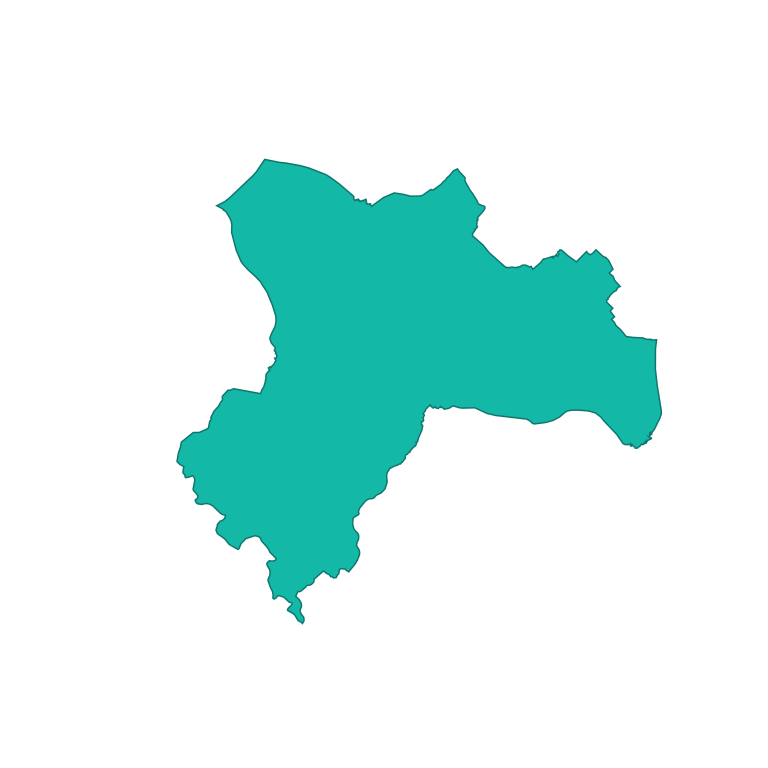 Sangkha, Surin, Thailand (Albers equal-area conic projection), rotated 39°
{"feature_id": "78962969B46327860609250", "entity_name": "Sangkha", "entity_type": "district", "adm_level": 2, "iso_a3": "THA", "parent_name": "Thailand", "parent_adm1": "Surin", "projection": "albers", "projection_center": [103.87, 14.543], "detail": "fine", "context": "isolated", "style": "filled", "palette": "teal", "viewbox_px": 768, "rotation_deg": 39, "n_neighbors": 0, "source": "geoboundaries", "source_scale": "gbopen_adm2", "svg_char_len": 6170}
<svg xmlns="http://www.w3.org/2000/svg" viewBox="0 0 768 768"><g transform="rotate(39 384 384)"><path d="M619.7,275.8L621.4,274.0L621.1,273.7L621.3,272.7L622.0,271.9L621.9,268.6L622.8,268.6L623.5,268.0L623.5,266.1L624.2,266.2L624.2,265.6L624.9,265.0L624.6,264.5L623.8,265.1L623.3,264.7L623.8,263.4L624.6,263.5L624.6,262.8L623.8,262.4L624.5,262.0L626.2,258.1L625.7,257.7L624.6,258.9L624.0,258.2L622.5,258.3L623.5,257.4L622.4,255.9L623.2,255.8L623.2,255.4L622.0,255.4L621.6,255.0L623.5,254.7L623.6,254.3L621.8,253.5L622.8,252.7L622.6,248.8L620.0,237.4L618.3,232.6L616.1,230.1L596.7,212.7L585.4,201.5L572.9,185.9L568.0,178.1L564.6,181.2L563.8,181.0L562.8,182.0L562.2,182.0L561.3,183.2L557.5,185.0L556.6,185.0L548.2,191.1L542.4,194.7L534.3,193.0L527.2,192.5L524.2,191.1L520.2,190.6L520.9,186.7L513.9,185.0L514.1,181.1L505.7,180.3L504.8,179.4L504.4,178.0L504.8,177.0L503.8,175.9L504.3,174.9L504.0,172.1L504.3,168.7L505.7,164.8L505.3,164.1L505.1,161.4L506.2,159.6L498.0,158.3L494.4,156.2L489.2,156.1L489.7,150.7L480.8,146.6L476.6,146.1L476.4,146.5L473.3,147.0L464.3,146.3L463.9,151.3L463.0,153.7L460.1,154.1L458.1,153.6L456.6,168.0L446.3,168.6L437.9,168.2L436.3,169.0L436.6,169.7L435.9,171.9L437.3,173.3L438.2,173.1L438.2,174.8L438.6,175.3L437.3,175.8L436.4,175.0L436.4,177.2L434.9,178.7L436.0,179.0L436.2,179.5L434.0,179.9L430.8,184.9L429.2,186.6L429.3,191.1L427.5,201.2L424.3,200.0L423.6,201.3L419.2,202.5L416.8,204.5L415.8,207.5L414.9,208.3L414.7,209.0L413.9,209.4L413.5,210.5L409.9,212.6L407.6,215.2L406.0,216.0L405.5,216.8L383.2,215.8L373.7,213.7L359.6,213.1L358.3,211.7L358.0,207.4L357.7,206.1L357.2,206.1L357.9,204.8L357.7,202.9L355.9,202.2L355.1,200.5L353.6,199.1L354.0,198.2L353.3,196.9L352.8,196.5L352.6,196.9L352.3,196.6L352.0,194.9L352.4,186.7L351.9,184.1L351.2,183.0L350.2,182.7L345.5,184.4L343.7,184.5L340.9,183.0L332.9,180.2L329.3,179.4L319.2,175.3L317.0,172.6L308.5,171.5L305.7,170.6L303.8,174.6L303.7,181.4L303.1,184.3L303.5,186.4L302.8,189.6L302.6,193.3L300.3,201.7L299.3,203.0L298.0,203.3L295.3,212.8L294.0,215.0L286.5,221.3L279.8,224.4L271.7,229.1L266.3,239.4L262.5,253.7L261.3,253.5L260.3,252.5L259.1,253.2L259.0,253.9L257.9,254.7L257.1,254.2L256.5,254.6L255.5,253.8L255.4,253.0L253.7,251.8L253.2,252.5L252.7,254.6L252.0,254.5L251.4,256.2L250.9,256.3L250.6,257.2L250.0,256.8L248.2,257.6L248.3,256.5L247.9,256.4L246.3,258.4L246.3,259.6L245.9,259.9L244.4,259.4L242.6,257.4L241.2,257.2L223.4,256.7L211.9,257.2L207.0,257.9L190.0,263.3L181.5,267.0L169.1,273.8L163.4,277.5L150.0,284.5L151.3,299.7L151.1,304.2L146.9,336.1L145.5,342.5L141.8,350.7L148.2,349.4L149.9,349.8L152.8,349.5L160.0,352.1L163.3,354.0L165.7,356.2L170.3,362.2L185.0,373.0L195.5,378.6L198.9,379.6L206.5,380.8L216.9,381.4L224.5,382.4L226.6,383.4L235.1,386.1L247.9,393.1L257.5,399.5L260.7,403.3L263.1,407.7L264.8,415.4L266.0,419.2L266.8,420.7L270.8,423.1L276.7,424.1L277.8,427.2L279.5,427.1L279.8,427.6L280.5,427.6L280.6,428.6L282.5,429.0L283.8,430.9L283.8,431.8L282.8,432.7L285.2,433.9L286.0,438.3L285.6,439.9L285.9,442.4L284.5,442.3L284.5,443.7L284.1,444.3L286.8,445.5L286.2,446.0L286.2,450.4L288.1,453.4L288.8,453.8L289.6,456.0L290.6,457.0L290.9,458.6L292.3,461.4L292.8,465.5L294.1,469.2L270.1,482.3L268.3,485.8L266.8,486.8L266.4,487.6L267.0,488.6L266.5,489.1L266.1,495.3L268.5,498.1L268.7,502.2L269.4,505.5L269.0,512.2L270.6,519.2L271.8,519.6L272.2,523.0L275.0,528.2L275.1,529.6L271.0,537.8L266.3,541.8L263.1,556.7L265.9,561.9L267.6,566.9L271.9,574.5L276.1,575.0L280.3,574.1L283.2,579.1L284.1,579.7L286.2,579.9L288.4,581.6L289.0,581.5L291.3,578.6L293.1,575.6L295.8,576.3L297.5,577.8L301.8,585.8L303.0,586.7L308.0,587.4L310.3,588.6L310.9,590.3L310.3,593.1L312.9,594.5L314.8,594.3L318.0,592.4L320.9,588.8L323.8,587.2L327.5,586.4L338.2,587.4L340.7,587.0L343.6,585.7L344.8,588.8L344.2,591.8L343.0,593.7L342.9,598.0L343.9,599.4L345.3,603.2L348.7,605.1L357.8,604.6L364.6,606.1L374.5,604.5L375.0,603.6L373.3,597.7L374.0,591.1L378.9,583.4L381.7,581.8L384.2,581.3L387.8,583.1L394.5,584.1L398.4,585.1L401.1,586.5L410.0,587.5L410.5,588.5L410.3,589.9L408.6,592.1L406.2,593.4L405.7,596.3L406.3,597.7L408.0,598.8L411.4,600.0L413.4,601.3L415.7,604.5L416.7,608.3L417.5,609.7L424.1,613.8L427.9,615.4L430.5,617.6L432.3,620.2L433.2,620.5L434.1,620.0L434.8,618.0L434.6,615.3L436.9,614.0L440.3,612.7L447.5,613.2L450.4,612.1L451.3,613.4L450.7,618.6L450.9,619.8L451.6,620.7L457.6,619.6L460.2,619.7L466.1,621.9L469.8,621.2L471.3,621.5L471.0,618.8L470.3,617.6L468.4,615.8L463.9,614.7L461.3,613.0L459.8,608.7L458.5,607.2L456.6,605.9L453.5,604.9L449.0,604.5L447.8,599.9L447.9,599.3L449.0,598.6L449.7,597.5L450.9,591.4L450.9,589.0L453.3,586.4L453.7,585.5L454.1,582.2L452.5,579.5L454.6,567.8L455.3,567.1L457.6,567.5L461.5,566.6L463.8,567.3L464.6,566.5L467.0,566.4L468.7,564.4L468.0,562.1L468.3,559.9L466.2,556.4L466.2,555.6L467.2,554.4L470.3,552.3L472.3,552.5L474.8,552.1L474.8,542.1L474.2,537.7L472.5,532.4L471.4,530.6L469.5,528.8L464.2,526.8L462.7,523.9L462.0,520.9L460.0,517.9L457.9,516.6L452.9,516.0L451.4,515.3L447.6,512.4L444.6,508.0L444.6,506.3L446.4,501.5L446.2,500.7L444.1,498.7L443.2,495.6L443.2,486.7L444.3,483.2L447.7,479.6L448.1,475.1L450.3,470.5L450.8,464.8L448.1,458.1L444.1,454.1L442.3,451.1L441.7,446.0L443.5,441.6L445.8,438.1L446.3,436.4L447.1,435.8L447.0,433.9L447.4,433.6L447.3,428.5L445.8,426.6L445.6,425.1L446.2,424.1L446.5,421.0L446.9,420.5L446.4,420.4L446.7,414.8L447.4,412.0L446.4,409.0L445.6,409.0L446.3,407.5L444.7,404.2L442.4,395.9L440.2,391.9L438.4,391.7L437.0,389.9L437.7,389.1L437.7,387.4L435.6,385.4L435.0,382.8L433.1,382.4L433.0,379.1L432.3,376.8L433.1,371.2L434.3,371.8L437.4,371.7L438.1,369.5L439.5,369.9L441.4,369.1L441.8,367.3L442.9,366.4L442.6,365.6L447.0,365.6L447.6,364.2L448.8,363.3L450.2,361.0L451.1,358.1L451.8,357.4L457.7,354.9L460.2,353.3L469.6,345.3L482.4,342.1L490.7,338.1L516.9,321.5L520.6,320.9L524.4,321.1L526.2,320.2L533.8,312.2L538.3,305.9L541.3,298.8L542.5,292.0L543.5,289.5L546.4,286.2L550.5,282.8L558.5,277.1L561.7,275.4L566.7,273.4L573.1,273.2L578.3,274.3L596.7,276.7L606.9,279.8L609.0,279.6L612.4,277.1L613.2,275.3L614.5,276.9L615.2,276.6L614.4,275.7L614.7,274.9L616.6,275.4L618.6,275.2L619.7,275.8Z" fill="#14b8a6" stroke="#0f766e" stroke-width="1.5"/></g></svg>